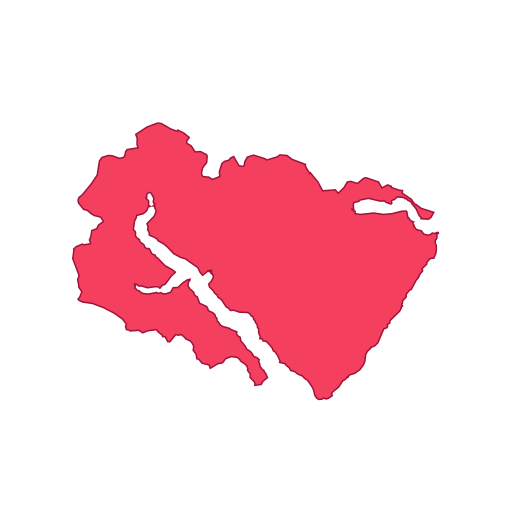 Ørsta nor, Møre og Romsdal, Norway (Albers equal-area conic projection), rotated 160°
{"feature_id": "86288312B4999748251605", "entity_name": "Ørsta nor", "entity_type": "district", "adm_level": 2, "iso_a3": "NOR", "parent_name": "Norway", "parent_adm1": "Møre og Romsdal", "projection": "albers", "projection_center": [6.353, 62.207], "detail": "fine", "context": "isolated", "style": "filled", "palette": "rose", "viewbox_px": 512, "rotation_deg": 160, "n_neighbors": 0, "source": "geoboundaries", "source_scale": "gbopen_adm2", "svg_char_len": 6111}
<svg xmlns="http://www.w3.org/2000/svg" viewBox="0 0 512 512"><g transform="rotate(160 256 256)"><path d="M403.0,242.4L401.1,236.1L402.7,234.5L402.9,231.1L400.9,230.1L399.9,228.6L391.4,226.2L388.7,222.5L383.7,222.8L374.8,220.9L374.1,218.4L371.1,213.6L371.4,212.2L369.0,211.2L368.2,205.6L366.2,204.9L358.3,209.6L356.0,208.1L353.1,207.7L350.8,203.9L350.5,202.3L346.7,198.5L345.8,196.0L345.4,192.4L347.3,188.9L345.8,184.1L346.8,179.8L344.9,178.2L343.4,173.7L337.4,169.7L337.4,166.1L328.9,167.8L323.9,167.1L319.6,169.9L313.6,169.9L308.9,167.5L307.8,166.5L306.6,163.9L306.5,162.7L303.1,157.9L302.3,155.9L302.2,152.8L303.1,151.6L301.8,146.9L303.1,144.0L300.6,138.2L300.7,136.0L301.4,134.9L295.1,133.5L292.5,135.8L286.8,137.8L287.1,142.5L287.8,144.4L287.6,145.3L289.0,147.7L289.9,150.9L289.4,153.9L289.7,155.9L288.4,157.4L289.9,160.2L292.5,162.5L293.0,165.7L294.0,168.3L296.6,171.7L296.9,174.7L299.3,181.6L298.6,185.0L300.3,187.0L300.8,188.6L300.9,189.9L299.9,191.3L304.6,195.4L305.6,197.0L311.4,201.2L313.3,203.7L313.5,205.6L314.6,208.2L314.1,211.5L315.0,212.8L314.6,214.8L316.0,217.5L319.1,220.6L319.5,221.9L319.2,222.8L319.7,224.2L319.5,224.8L319.9,225.7L325.1,230.8L325.2,237.8L326.7,239.5L327.1,241.5L326.9,243.2L329.3,247.7L330.0,250.6L329.8,252.0L327.8,255.6L326.8,255.3L325.9,256.7L328.5,257.1L334.1,255.8L340.1,253.1L344.7,254.6L348.5,251.2L353.9,251.3L356.1,252.2L358.1,254.1L360.7,254.3L361.8,255.7L370.4,257.1L374.8,259.3L377.1,261.8L377.6,263.2L379.5,264.6L380.5,267.7L380.9,267.8L379.4,269.1L380.0,270.1L379.7,271.3L378.0,270.3L376.1,267.6L374.4,267.4L368.7,263.2L361.9,261.8L358.3,260.4L357.5,258.7L356.9,258.7L354.1,260.6L351.2,260.4L342.2,266.3L337.5,268.2L337.5,268.9L339.9,272.4L344.8,278.0L349.2,287.8L350.5,289.5L350.4,291.2L353.0,293.5L353.8,299.5L356.4,300.6L357.3,302.0L357.6,305.2L360.3,309.1L359.9,311.2L361.6,313.6L362.4,316.0L361.1,319.5L361.3,320.9L362.1,322.2L362.0,323.2L358.2,330.3L355.3,333.1L354.4,334.9L347.5,334.3L343.5,335.8L340.4,339.0L338.4,338.8L339.7,340.4L338.2,343.6L338.1,344.7L339.6,348.1L338.3,348.9L338.0,350.6L336.9,351.9L334.0,352.1L333.2,351.2L332.3,346.2L332.6,344.4L334.1,342.1L333.9,340.5L333.1,339.6L335.6,338.2L334.2,337.4L334.7,335.5L334.2,333.4L335.3,331.0L338.3,328.1L347.4,323.7L347.5,320.3L348.8,317.8L348.4,314.4L349.1,312.1L344.9,308.1L343.0,305.5L342.8,303.8L338.6,298.9L336.3,295.1L332.6,286.5L327.4,280.5L323.5,277.7L314.6,264.9L314.2,260.0L312.8,256.1L306.1,258.4L303.8,258.2L304.9,257.4L303.4,256.9L304.6,256.4L303.5,256.4L304.1,255.8L303.7,255.3L304.2,255.4L302.9,252.6L303.3,250.8L306.4,247.7L310.0,245.8L310.3,243.9L310.2,242.5L307.9,237.6L307.8,235.7L306.0,232.7L305.8,230.2L303.4,226.8L301.4,218.3L299.3,216.0L299.2,214.5L298.3,213.4L295.4,212.6L290.6,208.8L283.4,205.9L281.9,204.3L280.8,201.2L279.7,200.0L279.8,196.9L279.0,195.2L279.3,193.5L278.7,192.4L278.5,190.3L279.1,188.2L278.4,186.9L279.8,182.8L279.7,178.2L280.7,177.0L278.6,176.1L278.4,173.7L275.7,172.4L273.7,168.3L272.2,163.7L272.2,161.0L270.9,159.5L269.8,155.5L269.3,149.0L270.2,147.9L265.4,144.8L265.3,143.6L263.0,139.5L262.5,136.4L259.3,134.3L257.0,130.6L253.7,127.7L252.0,124.1L250.1,121.7L248.0,113.6L247.7,109.9L248.4,105.4L247.6,101.5L246.1,99.8L243.1,98.9L240.8,99.4L239.6,98.0L237.4,97.4L232.1,98.6L232.0,100.9L230.7,101.9L223.1,104.6L217.2,109.0L214.3,109.5L211.5,111.2L211.2,110.5L209.2,112.2L203.4,112.0L197.1,113.7L191.9,117.3L189.8,119.7L186.7,125.7L184.0,128.3L179.7,130.1L179.5,130.8L175.4,130.9L171.2,132.7L160.8,143.9L157.5,143.8L156.3,144.8L156.3,146.2L155.9,146.6L153.1,147.3L153.0,148.5L151.4,149.8L139.9,155.0L137.4,157.3L136.7,158.8L135.5,158.8L135.6,160.7L134.7,161.3L133.3,163.9L129.3,165.8L128.4,166.8L128.0,168.7L123.1,171.5L121.6,171.4L113.5,178.7L111.2,179.8L111.2,180.5L109.8,181.0L109.1,182.2L104.4,185.1L104.3,187.3L98.4,189.9L97.3,191.9L94.0,193.6L92.4,194.0L89.7,193.1L86.3,196.7L84.4,200.1L83.0,204.1L83.1,206.9L82.3,209.1L80.0,210.8L79.1,212.8L79.0,214.3L76.8,215.0L76.7,215.7L77.5,216.2L80.3,216.0L82.5,217.3L85.0,216.4L87.6,216.9L90.9,219.3L92.0,223.1L96.2,226.0L97.5,230.3L96.9,230.8L97.4,232.0L97.1,234.2L96.4,234.2L98.7,236.5L99.5,239.8L100.0,239.8L100.1,240.8L99.1,246.1L99.5,246.9L103.6,248.2L114.0,249.3L122.1,251.5L130.6,256.1L143.6,259.3L148.4,261.9L147.5,264.1L149.8,266.3L149.9,267.2L148.2,266.4L147.3,270.4L145.8,272.8L140.7,272.2L139.0,273.0L130.6,271.7L120.7,265.2L116.3,263.7L115.5,262.0L111.5,258.7L110.3,259.1L110.0,261.3L109.0,261.9L106.6,261.7L103.3,263.2L99.2,261.5L96.4,259.7L96.4,259.0L94.7,257.8L94.4,256.6L92.0,254.1L91.5,251.3L89.4,245.6L88.8,237.8L87.5,235.4L88.2,234.5L81.3,231.6L78.4,232.4L74.0,236.2L84.4,244.2L88.0,249.7L88.5,249.6L90.2,254.0L90.5,256.0L97.1,265.0L95.9,267.4L98.8,268.8L105.3,274.0L105.0,275.2L108.0,277.8L114.3,276.9L115.6,283.7L125.9,292.0L128.2,292.2L135.9,289.5L141.6,293.8L144.9,294.3L150.0,290.1L157.3,286.9L158.8,291.0L171.1,294.5L172.5,304.4L176.4,315.5L177.1,315.0L178.3,319.7L178.9,324.1L178.1,325.1L189.2,334.6L192.4,339.8L198.9,342.8L202.5,341.9L212.8,342.5L214.5,344.5L223.9,351.7L230.3,351.9L234.2,348.6L236.2,345.0L238.1,344.7L241.2,346.9L242.9,357.1L246.3,356.8L248.9,355.3L253.2,355.7L256.4,354.6L261.7,347.6L262.8,343.1L270.7,342.8L273.4,346.3L278.5,348.6L279.3,350.7L278.4,353.4L276.0,357.1L270.4,360.7L267.7,366.6L267.9,368.2L272.5,373.2L277.6,374.6L279.2,381.6L282.4,385.5L281.9,387.7L278.2,390.2L281.7,396.1L286.4,401.1L287.6,400.2L293.0,404.9L299.8,413.0L303.1,414.6L314.1,414.5L327.4,411.4L327.4,407.2L329.7,401.4L329.8,398.0L340.8,400.1L343.0,398.5L344.8,395.3L346.9,393.9L351.0,394.5L356.6,399.2L360.3,401.0L367.0,401.3L370.6,398.9L377.5,386.4L386.4,379.9L398.2,373.0L402.5,371.4L404.0,369.5L404.5,368.0L404.5,366.0L402.0,358.7L398.9,356.6L396.5,352.2L394.1,349.3L388.7,345.7L387.5,340.6L393.4,339.0L396.4,336.1L401.6,336.1L404.4,331.0L407.1,328.0L407.0,324.6L407.4,324.2L413.7,325.3L415.2,326.6L421.7,326.3L425.0,324.9L425.3,323.4L429.1,316.2L428.9,299.7L429.2,297.7L431.7,294.8L432.5,289.3L433.2,287.6L431.9,281.8L435.7,277.7L438.0,276.4L437.6,275.0L434.5,271.9L426.0,267.4L416.7,259.4L408.8,250.8L403.0,242.4Z" fill="#f43f5e" stroke="#9f1239" stroke-width="1.5"/></g></svg>